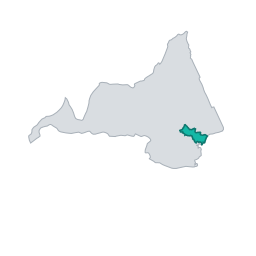 location of Sanaga-Maritime, Littoral, Cameroon, rotated 245°
{"feature_id": "32672807B95558278906476", "entity_name": "Sanaga-Maritime", "entity_type": "district", "adm_level": 2, "iso_a3": "CMR", "parent_name": "Cameroon", "parent_adm1": "Littoral", "projection": "albers", "projection_center": [10.208, 3.947], "detail": "fine", "context": "in_parent", "style": "filled", "palette": "teal", "viewbox_px": 256, "rotation_deg": 245, "n_neighbors": 0, "source": "geoboundaries", "source_scale": "gbopen_adm2", "svg_char_len": 6175}
<svg xmlns="http://www.w3.org/2000/svg" viewBox="0 0 256 256"><g transform="rotate(245 128 128)"><path d="M64.7,171.6L65.2,170.3L68.8,164.2L71.0,154.5L72.1,152.2L73.1,150.7L78.3,145.6L80.2,143.9L83.1,142.0L85.0,138.2L85.7,137.8L86.6,137.5L91.1,134.3L91.5,134.9L91.8,135.7L92.1,136.0L93.6,136.3L95.5,136.3L96.7,136.0L97.3,135.4L97.9,133.6L98.3,133.3L98.7,133.2L100.9,134.4L104.5,138.0L105.4,138.6L105.8,139.3L106.6,142.5L107.0,143.3L107.8,143.6L109.2,143.4L110.7,142.8L111.9,142.0L113.2,140.9L114.0,140.0L114.4,139.3L114.6,136.6L114.9,136.1L119.5,132.3L119.4,131.9L118.6,130.9L118.0,129.7L118.7,128.5L119.4,127.5L122.1,124.4L122.2,122.1L124.4,118.5L125.6,113.8L125.6,112.9L128.4,107.7L131.4,107.2L132.5,106.4L133.8,105.2L134.7,104.0L135.1,102.8L135.4,100.6L135.9,98.1L136.2,95.9L137.1,93.8L138.6,92.8L141.1,92.0L141.5,91.5L141.9,90.2L142.3,85.7L142.7,83.7L145.1,81.5L146.1,78.0L147.0,74.3L149.7,69.8L152.9,65.4L154.3,64.2L155.6,63.7L157.0,63.6L158.0,63.3L161.4,61.0L162.8,60.3L163.8,59.5L164.1,58.9L164.2,57.9L163.9,55.6L164.4,53.9L164.8,51.4L164.9,49.3L164.8,48.6L164.1,47.5L163.1,46.2L161.4,45.5L159.0,45.3L157.8,44.8L157.3,42.5L157.2,41.1L155.5,33.4L158.5,33.4L162.1,34.3L163.0,35.0L163.5,37.6L164.8,39.1L167.1,40.3L168.5,42.8L169.1,46.7L170.3,49.0L170.6,49.3L172.4,53.6L172.5,55.6L172.4,57.0L173.1,58.7L172.0,61.5L171.7,63.3L171.6,65.7L172.3,70.1L173.4,73.4L174.5,76.1L175.8,78.2L177.8,80.5L180.0,82.7L182.0,84.0L180.2,84.8L176.5,84.9L174.4,84.5L173.4,84.4L172.4,84.7L168.5,85.2L164.6,85.0L161.0,84.5L158.7,84.6L157.0,85.9L155.7,87.8L154.4,89.4L154.8,91.1L155.8,92.0L157.7,94.1L159.4,96.1L160.3,97.4L163.7,100.4L166.9,103.0L168.5,103.9L169.0,104.1L170.8,105.6L173.3,108.1L175.6,112.0L178.8,119.8L179.5,120.4L180.5,120.8L180.7,121.7L180.6,122.9L180.3,123.9L177.8,128.0L175.6,129.6L174.9,130.6L174.1,132.9L172.1,137.6L171.3,138.3L169.3,141.4L167.7,145.4L167.3,146.0L166.6,146.5L164.3,147.5L163.5,148.0L162.3,149.3L162.2,150.1L162.7,151.2L163.4,152.1L164.6,152.1L165.3,152.9L165.3,159.1L164.8,160.0L164.8,160.4L164.5,161.5L164.4,162.7L164.6,163.2L165.1,163.5L165.7,164.4L166.1,166.3L166.9,172.9L167.3,174.0L167.9,174.7L170.0,176.1L172.1,178.0L172.8,179.2L173.2,181.2L174.1,182.8L174.1,183.4L173.7,183.6L172.4,183.7L172.8,184.9L174.0,186.9L179.5,193.0L184.8,198.4L186.0,198.8L187.0,199.0L187.4,199.3L187.8,200.1L189.6,202.1L189.9,203.2L189.6,204.3L190.0,206.0L190.3,206.7L190.2,207.2L190.4,209.3L190.9,211.1L191.7,212.7L191.6,213.8L190.6,214.4L190.0,215.4L189.8,216.8L190.1,218.6L190.9,220.6L191.0,221.8L189.7,222.6L188.3,221.2L186.7,220.3L184.4,218.6L182.0,218.1L179.0,218.0L177.6,218.2L175.4,216.9L174.7,216.7L173.7,217.3L173.0,217.3L172.1,217.1L170.4,217.1L170.2,216.2L169.9,216.0L168.0,216.1L167.5,215.3L167.2,215.4L166.5,215.1L165.0,214.0L163.4,214.8L160.1,214.7L143.6,214.8L143.2,213.7L142.3,213.2L140.8,213.1L136.4,213.4L133.1,213.2L130.8,212.8L128.0,212.6L124.6,212.8L121.0,212.8L114.6,212.5L111.1,212.5L111.2,213.2L111.0,213.6L110.8,214.7L88.3,214.7L86.5,214.0L86.0,213.5L85.8,212.6L85.4,212.5L85.7,208.6L86.5,205.3L86.8,202.3L87.8,199.6L87.3,196.9L86.6,195.7L83.2,191.9L84.8,190.5L82.7,190.7L82.3,189.3L81.3,187.6L81.9,187.3L82.5,186.4L84.4,186.7L84.3,186.2L82.7,184.8L82.9,184.1L83.5,183.3L83.2,182.9L82.0,183.8L81.2,183.7L80.6,183.2L80.1,183.1L80.4,184.2L79.7,185.2L79.1,185.5L78.1,185.4L77.2,185.2L77.0,184.7L76.2,184.2L74.0,183.5L72.1,182.7L71.7,180.4L70.9,179.4L70.6,178.2L70.5,176.9L70.7,175.0L70.2,174.6L69.7,174.5L68.9,174.6L68.1,174.5L67.2,173.4L66.4,173.0L66.9,175.0L66.4,175.6L65.0,175.4L64.4,174.7L64.3,174.1L64.9,171.7L64.7,171.6Z" fill="#d9dde1" stroke="#a8b0b8" stroke-width="1"/><path d="M106.9,181.0L106.9,180.5L106.6,180.3L106.2,180.1L105.9,179.7L105.7,179.5L105.6,179.4L105.5,179.2L105.2,178.9L104.9,178.6L104.9,178.1L104.7,178.0L104.4,177.7L104.3,177.3L104.2,177.1L103.9,176.9L103.6,176.5L103.5,176.1L103.5,175.9L103.8,175.7L103.9,174.7L104.0,174.1L103.9,173.9L103.7,173.8L103.1,174.1L102.7,174.0L102.2,173.9L101.9,174.5L101.8,174.9L101.6,175.6L101.1,176.1L100.8,176.0L100.7,175.7L100.5,175.4L100.2,175.6L100.0,176.0L99.8,176.1L99.7,176.1L99.4,176.2L99.0,176.7L98.4,176.9L97.7,176.7L97.4,176.5L97.4,177.1L97.4,177.6L96.8,177.8L96.7,178.0L96.5,178.4L95.9,178.7L95.7,179.2L95.5,179.5L95.4,179.6L95.4,179.8L95.1,180.4L94.9,180.5L94.7,180.7L94.6,181.1L94.6,181.5L94.8,181.7L94.6,181.9L94.4,182.0L94.0,182.4L93.5,182.4L93.3,182.7L93.1,182.6L92.6,182.3L92.3,182.4L91.8,182.4L91.4,182.4L91.2,182.2L90.8,182.0L90.5,182.1L90.1,182.2L89.8,182.6L89.8,182.8L89.7,182.8L89.4,182.7L88.9,182.8L88.5,182.7L88.2,182.9L87.8,182.7L87.6,182.8L87.4,182.8L87.3,182.7L86.6,182.9L86.5,183.0L86.3,183.0L86.1,183.1L85.7,183.4L85.9,183.6L86.1,183.7L86.1,183.9L86.2,184.1L86.2,184.3L86.4,184.4L86.5,184.7L86.5,185.0L86.5,185.3L86.4,185.5L86.2,185.6L85.8,185.8L85.3,185.9L85.1,186.0L85.0,186.3L85.1,186.6L85.2,186.8L85.2,187.0L85.0,187.3L84.9,187.6L84.6,187.7L84.4,187.8L84.3,188.0L84.0,188.2L83.3,188.2L83.0,188.3L82.7,188.2L82.4,188.0L82.1,187.9L81.6,187.9L81.6,188.0L81.9,188.4L82.3,189.0L82.7,189.7L82.7,190.1L82.8,190.2L82.8,189.9L82.8,190.2L82.9,190.4L82.8,190.5L83.0,190.5L82.9,190.6L82.7,190.6L82.7,190.4L82.6,190.7L82.6,190.9L82.6,191.0L82.8,191.1L82.8,191.4L82.6,191.6L82.8,191.8L83.0,191.9L83.5,192.3L83.7,192.5L83.9,192.7L84.0,192.7L84.2,193.0L84.4,193.1L85.0,193.7L85.3,194.1L85.6,194.3L85.8,194.6L86.2,194.9L86.4,195.2L86.4,195.4L86.6,195.5L86.8,195.8L87.0,196.1L87.0,196.4L87.8,196.3L88.3,195.8L88.4,195.7L89.3,195.2L89.6,194.6L89.5,194.3L89.8,193.9L89.7,193.5L89.8,193.0L89.8,192.7L90.3,192.0L90.6,191.6L90.9,191.1L91.6,191.1L92.0,190.8L92.4,191.2L92.8,191.4L92.9,191.8L93.5,191.8L94.2,190.5L94.2,189.7L94.6,189.3L94.7,188.9L94.7,188.6L94.7,188.3L94.9,187.8L95.0,187.6L95.3,187.4L95.7,187.3L96.2,187.1L96.8,187.4L97.3,187.8L98.0,188.2L98.4,188.7L98.7,188.8L98.9,188.4L99.0,188.0L99.4,187.7L99.5,187.7L99.3,187.4L99.5,187.1L99.8,186.8L99.6,185.8L99.5,185.1L99.9,184.6L100.1,184.4L100.2,184.2L100.3,183.8L100.4,183.3L101.0,183.2L101.9,182.7L102.5,182.8L102.7,182.6L103.4,182.3L104.0,182.3L104.6,182.1L105.0,182.0L105.1,181.9L105.3,181.7L105.6,181.6L106.2,181.5L106.6,181.3L106.8,181.3L106.9,181.0Z" fill="#14b8a6" stroke="#0f766e" stroke-width="1.5"/></g></svg>